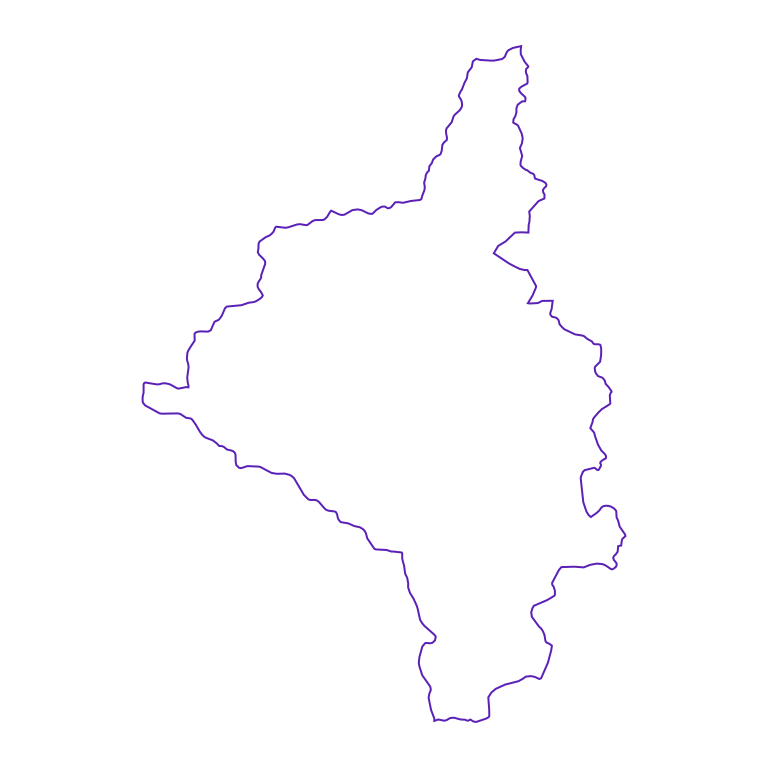 Bao Lam, Cao Bằng, Vietnam (Albers equal-area conic projection)
{"feature_id": "81297802B56496932739620", "entity_name": "Bao Lam", "entity_type": "district", "adm_level": 2, "iso_a3": "VNM", "parent_name": "Vietnam", "parent_adm1": "Cao Bằng", "projection": "albers", "projection_center": [105.502, 22.876], "detail": "fine", "context": "isolated", "style": "outline", "palette": "violet", "viewbox_px": 768, "rotation_deg": 0, "n_neighbors": 0, "source": "geoboundaries", "source_scale": "gbopen_adm2", "svg_char_len": 6089}
<svg xmlns="http://www.w3.org/2000/svg" viewBox="0 0 768 768"><path d="M434.3,720.9L438.3,719.5L444.2,720.7L446.4,720.2L450.3,718.0L454.0,717.7L460.6,719.5L464.9,719.7L467.1,720.6L468.7,720.5L470.3,719.5L473.6,721.6L476.3,721.9L486.4,718.5L488.6,717.2L489.3,715.9L489.2,709.8L488.3,697.3L491.4,692.5L495.8,688.8L505.1,684.6L518.5,681.2L523.6,678.3L525.6,676.7L530.9,676.1L534.8,676.9L539.3,679.0L541.1,678.3L548.0,662.5L551.2,650.4L551.9,645.8L551.7,645.4L548.7,643.4L546.8,642.8L545.9,641.8L545.4,640.7L544.5,635.1L543.1,631.6L541.4,628.8L538.8,626.3L531.9,616.9L531.2,612.3L532.3,608.6L533.8,605.8L547.3,600.0L554.5,595.7L554.9,594.7L554.9,590.7L553.7,586.8L552.3,584.9L552.1,582.9L558.9,570.0L561.4,567.1L574.5,566.7L583.7,567.4L590.0,564.9L596.8,563.6L602.4,564.1L605.4,565.3L611.0,569.1L612.5,569.3L614.3,568.2L616.1,566.6L616.7,564.6L616.5,563.2L613.8,559.8L613.2,557.8L614.0,556.0L615.8,554.3L617.6,551.8L618.2,546.1L621.2,545.5L621.8,540.5L622.5,538.7L625.3,536.3L625.4,535.7L624.9,534.2L619.7,526.7L618.1,520.6L616.6,517.4L616.2,510.9L614.2,508.6L611.0,506.6L608.4,505.9L606.1,505.7L603.7,506.1L602.3,506.8L600.9,508.1L599.5,510.3L596.8,512.8L590.9,517.0L588.8,515.3L586.5,511.7L583.3,502.2L580.7,478.4L581.0,476.5L583.0,471.7L584.6,470.2L594.1,467.8L595.0,468.1L597.2,469.9L598.2,470.1L598.9,469.6L601.0,465.7L600.9,464.4L600.2,463.1L600.6,461.8L603.5,459.5L605.8,458.4L606.0,456.9L605.9,455.8L604.8,454.0L601.3,450.5L597.9,444.4L595.1,436.4L594.1,432.6L590.3,428.1L592.4,422.5L593.1,419.1L594.0,417.6L598.4,412.5L601.9,409.1L609.6,404.3L610.3,403.5L609.8,395.3L610.8,392.7L611.6,391.8L611.5,391.2L608.8,387.3L605.6,383.8L605.0,381.2L603.8,379.2L602.2,377.6L598.0,376.1L595.7,373.0L595.1,371.1L594.7,368.3L595.1,366.7L600.0,361.9L600.2,361.1L601.1,355.3L601.2,351.6L601.2,348.8L600.5,345.3L600.1,344.7L598.6,344.3L594.3,344.2L593.3,343.5L592.0,341.5L587.3,338.9L584.1,336.2L582.6,335.6L575.1,334.4L564.4,329.3L562.3,327.4L559.6,324.3L558.6,320.3L557.3,318.6L555.8,317.6L552.0,316.7L550.5,315.0L550.2,313.2L551.6,309.1L552.7,300.8L542.2,300.9L538.5,302.8L537.2,303.1L529.6,303.5L527.9,303.2L532.6,295.4L535.9,287.6L536.1,286.1L527.4,270.0L525.0,270.1L519.9,269.0L513.9,266.1L508.9,263.4L493.8,253.3L498.2,245.9L505.5,241.5L514.9,232.6L521.6,232.3L528.4,232.6L528.7,224.6L529.4,221.9L529.8,215.9L529.2,211.6L538.5,201.1L544.4,198.5L544.5,194.6L543.1,192.1L543.0,189.9L544.1,188.2L546.1,186.3L546.4,184.9L545.7,183.1L542.5,181.0L535.3,178.7L534.9,178.2L534.2,174.9L533.2,173.8L530.5,172.8L527.1,170.2L525.7,169.8L522.8,167.8L520.7,165.7L520.5,164.8L520.6,162.0L522.2,155.9L519.9,148.0L521.9,143.5L522.7,138.3L521.8,133.9L518.2,125.9L517.2,124.8L513.3,122.7L513.2,122.2L513.6,119.0L515.1,116.6L516.1,113.8L516.4,112.2L516.5,107.9L517.8,104.6L522.1,101.4L525.1,101.3L525.3,100.7L525.5,97.9L525.0,96.9L520.8,93.0L519.6,91.4L519.1,90.4L519.3,88.5L521.6,86.6L527.1,83.6L527.6,82.5L527.4,76.1L526.1,73.2L525.8,71.2L526.2,69.0L528.2,67.0L528.2,66.2L524.6,61.7L520.8,54.2L520.7,50.3L521.1,46.1L512.8,48.0L508.3,50.3L506.8,52.1L504.8,56.8L502.2,59.0L494.1,60.6L490.3,60.6L480.0,59.9L476.3,58.8L472.9,61.4L471.7,67.3L467.8,72.3L466.9,78.2L464.5,82.8L461.8,89.8L460.7,91.2L458.8,95.5L459.3,97.1L460.9,99.4L461.8,102.0L462.1,105.2L461.7,107.1L459.9,110.1L454.7,114.8L453.5,116.5L451.7,122.2L446.5,128.5L446.0,130.4L446.1,133.3L447.0,137.9L446.7,140.2L444.1,142.3L442.4,144.8L441.7,150.8L440.6,154.0L439.5,155.0L436.6,156.2L434.2,158.4L433.0,159.8L431.9,163.0L429.4,166.2L428.8,170.9L427.1,172.4L425.7,175.4L425.5,178.0L424.1,182.7L424.8,186.9L424.5,189.9L422.3,195.6L421.3,199.2L419.8,200.0L410.7,201.0L403.1,202.8L398.5,202.2L395.2,202.3L391.2,207.1L389.2,208.2L387.6,208.2L385.0,206.6L382.4,206.6L380.9,207.1L376.3,210.0L372.9,213.4L371.9,213.9L368.4,213.5L361.7,210.2L357.7,209.4L352.4,210.1L344.4,214.7L341.7,215.0L338.9,214.3L331.2,210.7L330.1,211.8L327.1,216.9L324.5,219.4L322.9,220.0L315.0,220.1L312.7,221.0L307.5,224.9L306.2,225.2L300.3,224.2L297.3,224.4L288.6,227.2L285.7,227.8L276.1,226.7L275.3,227.5L273.5,231.7L271.6,233.8L269.7,235.4L265.8,237.1L259.6,241.5L258.6,243.7L258.4,248.7L257.8,252.2L259.0,254.6L263.4,258.9L264.9,261.0L265.2,262.3L265.1,264.1L261.2,275.2L261.1,277.8L257.9,283.0L257.6,284.3L257.6,286.7L258.9,289.3L261.3,292.5L262.8,295.5L261.9,297.1L259.4,299.2L255.5,301.5L253.0,302.2L248.8,302.7L241.4,305.2L226.7,306.6L224.9,308.4L222.0,315.3L219.5,319.0L218.4,320.0L215.2,321.4L214.4,322.0L210.8,330.2L208.2,331.6L200.8,331.4L198.2,331.6L195.5,332.6L195.0,333.2L194.5,334.1L194.7,340.6L190.7,346.6L188.4,350.4L187.4,352.7L186.9,358.5L187.3,361.2L188.2,363.8L188.6,367.2L187.2,377.6L187.8,382.9L188.5,385.7L188.4,387.4L186.1,387.1L178.7,388.6L177.1,388.3L169.9,384.3L165.6,383.3L162.1,383.4L159.9,384.2L156.9,384.4L145.2,382.5L144.0,383.3L143.6,384.3L143.6,392.5L142.6,397.3L142.6,400.6L142.9,402.6L145.1,405.4L159.3,413.2L161.6,413.7L177.6,413.4L180.2,413.9L186.1,417.8L190.7,418.5L191.8,419.2L193.0,420.7L195.6,424.4L200.0,431.9L202.4,435.1L204.0,436.5L205.5,437.6L212.9,440.4L217.0,443.6L219.2,446.0L221.9,446.1L224.0,447.0L226.9,449.5L231.7,450.6L233.2,451.3L234.7,452.6L235.5,454.7L235.7,462.0L236.3,465.1L239.0,467.7L240.3,468.1L241.6,468.0L247.4,466.1L258.6,466.6L260.2,466.9L271.5,472.9L276.8,473.8L284.7,473.6L289.0,474.7L291.3,475.8L294.0,478.1L303.9,494.9L308.3,499.3L310.4,500.0L315.2,499.9L317.0,500.5L318.9,501.9L324.8,508.7L326.2,509.8L328.4,510.7L334.7,511.5L335.7,511.9L337.1,514.1L337.7,517.5L338.6,519.7L340.7,522.1L348.4,523.4L354.1,526.0L359.9,527.3L363.1,529.2L364.7,531.0L365.8,532.9L367.3,538.4L374.3,548.7L375.6,549.4L386.6,550.0L391.6,551.6L393.2,551.5L401.7,552.5L402.2,553.2L402.2,558.7L404.1,565.9L405.2,573.8L407.2,577.8L408.2,583.4L408.1,587.3L410.0,593.0L413.7,599.0L416.7,605.7L417.6,608.5L420.1,619.8L421.8,622.7L424.3,625.8L433.9,634.3L435.5,636.1L435.7,636.8L435.0,640.4L432.4,642.8L430.2,643.3L426.0,642.9L424.8,643.5L422.3,646.6L419.4,657.2L418.8,663.0L419.4,666.4L422.2,675.2L430.1,686.4L430.7,688.4L430.7,690.4L429.3,693.8L428.6,697.8L431.1,710.1L434.3,718.4L434.3,720.9Z" fill="none" stroke="#5b21b6" stroke-width="2"/></svg>